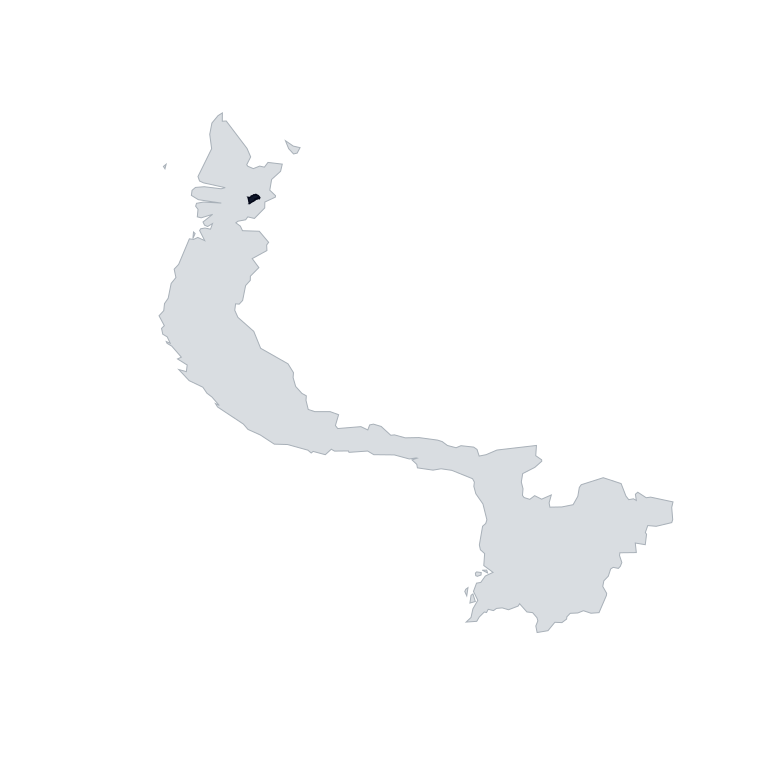 Thanh Binh, Ðong Tháp, Vietnam shown in context, rotated 141°
{"feature_id": "81297802B14212334557839", "entity_name": "Thanh Binh", "entity_type": "district", "adm_level": 2, "iso_a3": "VNM", "parent_name": "Vietnam", "parent_adm1": "Ðong Tháp", "projection": "albers", "projection_center": [105.482, 10.61], "detail": "fine", "context": "in_parent", "style": "filled", "palette": "ink", "viewbox_px": 768, "rotation_deg": 141, "n_neighbors": 0, "source": "geoboundaries", "source_scale": "gbopen_adm2", "svg_char_len": 5759}
<svg xmlns="http://www.w3.org/2000/svg" viewBox="0 0 768 768"><g transform="rotate(141 384 384)"><path d="M470.0,147.3L463.3,147.8L456.4,153.3L447.2,156.9L445.0,166.5L437.4,171.0L433.7,168.9L426.1,171.0L417.8,169.0L420.7,180.1L412.5,188.9L413.4,194.5L411.2,198.9L396.9,211.4L392.7,211.6L389.5,213.7L382.6,228.5L381.7,240.9L378.6,247.9L375.5,250.9L374.8,254.7L385.7,274.3L393.0,282.2L400.1,286.2L410.8,297.8L409.1,300.9L410.0,307.4L404.9,305.5L405.5,306.3L411.5,309.8L420.6,322.4L436.4,335.5L438.9,342.2L454.2,352.9L453.8,354.4L464.7,363.0L466.0,366.5L474.1,366.0L481.5,376.2L484.0,376.2L484.8,380.5L497.0,397.6L507.1,406.3L512.2,422.2L518.3,434.3L518.5,441.3L527.8,470.9L527.3,474.8L525.5,471.0L525.9,482.2L527.4,488.2L526.8,495.5L533.3,509.2L534.4,524.4L529.8,518.0L525.0,522.6L528.7,533.4L524.6,532.4L525.1,547.0L527.0,552.1L526.5,554.0L524.5,550.2L522.8,557.1L524.6,561.9L521.9,567.2L518.0,567.6L515.9,578.6L509.0,579.6L504.0,584.6L497.7,586.5L486.1,596.1L478.7,597.7L474.8,605.3L468.3,606.2L443.9,619.3L441.0,616.2L436.5,615.1L433.1,608.2L430.7,619.3L428.8,620.0L425.0,617.9L421.4,613.5L416.3,616.6L422.0,617.4L423.5,620.4L422.7,623.8L410.4,623.7L421.5,628.2L423.9,631.4L418.6,636.8L418.5,640.7L416.0,642.4L409.8,639.0L396.6,627.0L412.3,644.1L415.0,651.8L411.3,655.3L406.8,655.4L399.5,650.4L387.7,638.2L383.8,636.5L397.6,653.8L399.6,657.8L398.0,662.3L369.9,675.3L362.3,687.7L353.5,695.1L344.1,697.0L339.0,696.4L344.3,690.0L341.1,687.7L342.2,653.3L344.7,644.4L352.7,640.8L352.8,638.9L350.0,633.6L343.5,631.6L340.5,627.8L334.7,629.2L324.7,618.9L330.5,614.4L342.6,613.7L350.8,606.5L349.8,598.6L350.8,597.6L362.1,600.4L365.9,595.9L380.5,594.2L384.7,599.6L388.2,598.7L395.0,602.4L397.7,602.5L396.3,597.1L397.5,592.2L384.8,581.2L384.5,566.7L387.7,565.9L391.0,561.4L407.5,564.4L408.0,553.2L420.0,551.9L422.7,548.7L429.6,547.6L441.3,537.9L446.3,537.2L448.9,539.7L453.6,535.2L455.6,527.7L452.1,506.8L457.4,489.4L445.9,460.1L447.2,449.8L450.6,446.2L454.2,437.7L453.7,428.3L451.8,423.7L454.9,420.4L458.9,411.9L455.2,406.1L443.3,396.5L438.6,388.7L447.9,382.3L448.0,378.5L428.8,365.4L425.5,358.5L420.9,361.2L417.5,359.5L412.9,352.8L411.0,339.9L407.9,337.9L401.4,328.8L390.6,320.4L377.7,306.7L375.0,302.6L373.4,296.3L368.1,289.1L363.0,287.6L354.0,278.5L352.9,274.6L355.4,268.1L349.1,264.8L337.8,261.6L304.2,240.3L311.2,232.8L309.2,225.9L310.0,224.7L319.3,224.3L332.6,227.1L339.0,221.4L341.9,215.1L346.5,210.3L346.6,207.6L343.3,202.6L337.2,202.4L334.0,195.3L323.8,192.5L330.5,187.7L332.6,183.9L323.1,176.5L313.0,171.2L304.1,174.7L297.3,180.7L294.1,181.6L272.6,173.2L262.4,157.4L266.5,144.7L266.6,140.1L262.4,137.8L261.2,134.7L258.0,140.1L254.9,140.2L251.8,130.6L248.0,128.3L233.6,110.5L238.1,107.0L245.0,96.9L247.6,95.2L262.0,102.1L268.1,108.0L274.4,104.1L274.5,102.0L282.1,94.7L288.8,102.3L294.0,94.2L306.9,104.4L308.9,102.5L311.5,95.6L315.1,93.6L317.9,93.2L321.3,97.3L324.3,97.6L330.6,93.5L337.0,92.7L341.4,89.0L342.7,81.2L344.2,79.7L360.8,71.0L367.4,75.6L371.7,82.3L377.5,84.1L383.6,88.6L388.4,88.0L390.0,86.4L395.9,86.6L401.2,91.3L411.8,89.1L421.4,94.5L418.3,100.4L413.5,103.1L412.2,106.1L412.4,112.8L416.4,116.9L416.9,127.9L419.5,127.0L429.3,130.2L433.0,135.6L437.8,138.8L441.5,139.0L444.8,143.3L448.1,141.9L449.6,143.7L456.5,143.0L461.3,141.2L470.0,147.3ZM309.5,619.7L310.0,626.8L307.5,635.1L304.8,626.0L300.5,620.5L306.2,618.1L309.5,619.7ZM455.1,159.7L449.3,165.0L447.0,164.9L449.9,157.5L455.1,159.7ZM432.0,179.5L430.3,179.7L427.1,176.3L428.8,174.5L432.5,175.8L433.3,177.3L432.0,179.5ZM451.8,171.9L449.6,173.0L446.9,172.9L453.0,167.3L451.8,171.9ZM422.4,172.0L424.8,177.5L421.3,174.7L422.4,172.0ZM441.0,617.3L436.4,622.0L436.1,619.8L441.0,617.3ZM418.5,691.9L415.0,691.9L418.8,689.1L418.5,691.9Z" fill="#d9dde1" stroke="#a8b0b8" stroke-width="1"/><path d="M372.1,614.5L372.1,614.4L372.3,614.3L372.4,614.2L372.4,613.9L372.5,613.9L372.6,613.7L372.7,613.4L372.8,613.3L372.8,613.2L373.0,612.9L373.1,612.7L373.3,612.3L373.3,612.2L373.5,611.9L373.4,611.9L373.5,611.9L373.6,611.7L373.7,611.4L373.8,611.3L373.8,611.2L374.0,610.9L374.1,610.7L374.3,610.4L374.3,610.2L374.5,610.0L374.5,609.9L374.6,609.7L374.7,609.4L374.8,609.2L374.9,608.9L375.0,608.9L374.9,608.8L374.7,608.8L374.4,608.8L374.2,608.8L373.9,608.8L373.7,608.8L373.3,608.8L373.1,608.8L372.9,608.8L372.6,608.7L372.4,608.7L372.1,608.7L371.9,608.6L371.7,608.6L371.4,608.5L371.2,608.5L370.9,608.4L370.7,608.4L370.4,608.4L370.2,608.4L369.9,608.3L369.9,608.2L369.7,608.2L369.4,608.2L369.2,608.2L368.8,608.2L368.5,608.1L368.4,608.3L368.4,608.5L368.2,608.6L368.1,608.8L367.9,608.9L367.8,608.6L367.7,608.5L367.7,608.4L367.5,608.2L367.4,608.2L367.2,608.1L367.1,608.3L366.9,608.4L366.7,608.4L366.5,608.2L366.4,608.1L366.2,607.7L366.1,607.8L365.9,608.0L365.7,608.2L365.6,608.3L365.4,608.4L365.2,608.4L365.2,608.2L365.1,607.9L365.0,607.6L364.9,607.5L364.9,607.4L364.8,607.2L364.7,607.0L364.7,606.9L364.6,606.7L364.4,606.5L364.2,606.6L364.1,606.8L363.8,606.9L363.6,606.9L363.4,606.9L363.4,607.0L363.3,607.4L363.2,607.5L363.2,607.8L363.2,608.0L363.2,608.3L363.2,608.6L363.2,608.8L363.2,609.0L363.2,609.3L363.3,609.4L363.3,609.6L363.4,609.8L363.4,610.0L363.5,610.1L363.6,610.3L363.7,610.6L363.8,610.8L363.9,611.0L364.0,611.1L364.1,611.4L364.1,611.5L364.2,611.8L364.3,611.8L364.4,612.0L364.5,612.0L364.8,612.1L365.0,612.1L365.3,612.2L365.4,612.3L365.5,612.3L365.8,612.6L365.9,612.8L366.0,612.8L366.2,613.0L366.3,613.0L366.5,613.0L367.0,613.0L367.3,612.9L367.5,612.9L367.8,613.0L368.0,613.2L368.2,613.3L368.4,613.4L368.6,613.5L368.8,613.6L369.0,613.6L369.2,613.4L369.3,613.4L369.6,613.3L369.8,613.2L370.0,613.2L370.3,613.2L370.5,613.2L370.6,613.3L370.8,613.4L371.0,613.5L371.3,613.7L371.4,613.8L371.5,613.8L371.7,614.0L371.9,614.2L371.9,614.3L372.0,614.4L372.1,614.5Z" fill="#0f172a" stroke="#020617" stroke-width="1.5"/></g></svg>